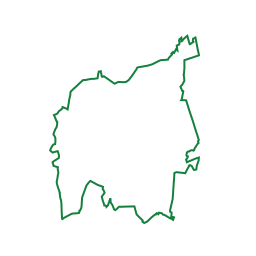 the district of Laidzes pag., Talsi, Latvia, rotated 100°
{"feature_id": "27541924B38806240468878", "entity_name": "Laidzes pag.", "entity_type": "district", "adm_level": 2, "iso_a3": "LVA", "parent_name": "Latvia", "parent_adm1": "Talsi", "projection": "robinson", "projection_center": [22.64, 57.292], "detail": "fine", "context": "isolated", "style": "outline", "palette": "green", "viewbox_px": 256, "rotation_deg": 100, "n_neighbors": 0, "source": "geoboundaries", "source_scale": "gbopen_adm2", "svg_char_len": 5407}
<svg xmlns="http://www.w3.org/2000/svg" viewBox="0 0 256 256"><g transform="rotate(100 128 128)"><path d="M27.2,77.3L28.8,79.4L30.9,79.3L31.8,78.5L34.8,81.6L34.7,81.8L34.3,82.0L32.4,83.0L31.1,83.6L26.9,85.6L27.2,85.9L27.9,86.5L28.4,87.0L28.5,87.0L28.8,87.1L31.3,89.2L32.8,89.6L33.3,90.4L29.9,91.2L31.8,92.8L33.1,92.9L34.6,92.2L36.9,92.1L38.3,94.3L43.1,92.8L42.6,93.7L42.1,94.4L44.0,95.0L46.0,95.6L45.4,96.6L46.5,97.0L46.1,97.5L47.2,98.2L48.2,97.6L49.8,98.6L51.9,100.0L52.0,100.0L53.7,100.6L53.8,100.6L54.6,103.8L55.6,107.8L55.8,108.0L56.5,109.1L59.4,113.0L59.5,113.1L61.0,115.1L63.5,120.1L63.7,121.0L65.1,124.7L66.0,127.2L66.5,128.7L66.9,129.2L67.1,129.5L67.8,129.7L69.0,129.9L70.8,130.9L71.8,131.3L74.3,132.4L77.4,133.9L79.1,134.8L80.8,135.7L81.6,136.6L83.1,138.0L83.8,141.2L84.1,143.8L84.1,144.0L84.3,145.4L84.4,145.5L84.5,145.8L85.5,147.1L85.5,147.3L86.0,147.8L86.6,148.7L86.7,148.9L85.6,151.3L82.6,157.7L81.2,160.8L81.5,161.1L82.0,161.9L82.0,162.2L82.0,162.6L81.5,162.9L81.1,163.1L80.0,163.4L79.2,163.6L78.8,163.9L78.1,164.4L76.9,164.5L77.0,165.0L77.5,166.6L80.4,166.7L81.3,166.7L84.3,166.6L84.5,167.0L85.2,169.3L85.5,169.9L85.7,171.5L86.4,173.8L86.7,174.5L86.9,175.2L87.2,176.0L87.3,176.1L87.3,176.3L87.6,176.9L87.7,177.2L87.9,177.6L88.4,179.5L88.7,180.7L91.6,182.9L91.8,183.1L92.1,183.3L97.7,187.4L97.8,187.6L100.1,189.3L102.2,190.8L103.3,190.8L104.8,190.7L105.4,190.5L107.4,190.7L109.7,190.8L114.1,190.7L120.1,190.7L120.0,190.9L119.8,191.7L119.5,192.5L119.2,194.0L118.8,195.2L118.8,195.7L118.8,196.1L119.6,196.0L119.8,196.0L120.1,196.1L120.5,196.3L121.0,196.7L121.3,197.0L121.7,197.3L122.7,198.3L123.1,198.7L123.7,199.0L124.7,199.5L125.8,200.0L126.1,200.3L126.4,200.5L126.7,200.8L126.9,201.1L127.2,201.8L128.1,203.2L130.0,201.9L134.4,199.1L134.3,198.8L135.0,198.7L136.1,198.4L139.4,198.5L139.9,198.5L140.9,199.0L141.9,199.4L145.4,200.1L146.4,200.3L146.9,200.3L147.2,200.3L147.5,200.2L148.2,199.4L149.2,198.6L150.0,198.1L150.6,197.8L151.2,197.6L154.3,197.1L156.5,197.0L156.6,197.3L156.8,197.7L157.4,198.8L160.8,200.2L161.8,200.5L163.6,200.8L163.9,200.3L165.3,198.0L164.9,197.3L164.4,196.2L163.0,193.3L163.6,192.9L164.1,192.6L166.2,191.6L166.8,191.3L167.2,191.2L167.7,191.1L169.5,190.9L170.5,191.9L171.7,193.3L173.2,194.9L174.2,195.9L174.6,196.3L175.5,196.1L176.5,195.5L177.1,195.1L178.2,194.8L178.6,191.9L178.8,190.2L180.0,190.2L180.5,190.1L181.5,189.8L182.3,189.5L183.2,189.1L183.6,188.9L184.0,188.9L184.4,188.8L185.0,188.8L186.8,188.9L188.9,188.8L190.2,188.8L193.0,188.9L193.5,188.9L194.3,188.6L195.3,188.3L196.5,187.7L197.8,187.1L198.9,186.5L201.1,185.3L201.9,184.9L203.5,183.9L203.7,184.1L204.2,183.9L205.3,183.6L208.8,182.5L209.2,182.3L210.7,181.4L211.2,181.2L214.7,180.3L223.2,178.5L228.7,177.2L229.1,176.9L228.1,175.8L227.6,175.4L224.0,170.8L222.4,168.8L222.4,168.6L222.1,168.1L221.9,167.7L221.6,166.7L221.3,165.5L221.0,164.0L220.4,162.2L220.3,161.6L219.3,161.4L217.9,161.5L217.7,160.9L214.8,160.1L212.6,160.2L207.5,160.8L204.9,161.1L203.0,160.9L191.8,158.9L188.9,157.4L186.9,156.1L186.6,155.8L187.3,153.9L189.4,147.7L189.8,144.8L190.1,143.4L190.3,142.4L192.6,142.3L193.6,141.2L195.8,139.8L200.2,141.9L201.4,141.4L203.7,140.3L207.2,138.4L208.4,137.9L208.4,135.9L209.4,135.5L208.0,134.6L207.6,134.3L200.9,133.3L200.2,133.2L201.1,132.9L203.7,132.3L204.2,132.1L204.7,131.8L205.1,131.5L205.9,130.6L206.3,130.2L207.1,129.7L209.6,128.1L210.4,127.6L210.5,127.5L210.7,127.3L210.8,127.1L210.9,126.9L211.1,126.4L210.4,125.7L210.1,125.3L207.4,123.4L207.2,123.1L207.0,122.8L206.9,122.5L206.9,121.6L206.8,121.0L206.5,119.8L205.8,116.6L204.1,108.1L211.5,104.6L213.4,102.1L214.0,101.2L216.6,97.4L217.8,97.5L218.7,95.6L216.9,92.9L212.3,89.6L209.8,87.5L207.9,85.7L208.1,85.4L206.9,84.9L206.9,84.1L207.5,83.3L207.6,83.2L207.1,82.9L206.3,82.9L206.0,82.8L206.1,80.7L206.1,80.1L206.2,79.8L206.3,79.5L206.5,79.3L207.1,78.7L207.2,78.4L207.3,78.1L207.3,77.1L207.3,76.9L207.7,75.8L209.7,70.7L209.7,70.4L209.8,69.6L209.8,69.1L210.0,68.8L210.7,67.7L208.0,67.1L207.9,67.3L207.9,70.1L205.3,70.1L203.6,70.5L203.5,71.5L202.4,72.3L190.4,71.7L189.0,71.8L175.3,73.3L169.2,73.9L167.5,74.1L164.3,74.5L163.1,72.7L162.8,67.9L162.7,66.8L162.6,63.8L158.4,62.5L154.5,61.1L154.4,61.2L153.7,60.4L154.5,58.5L155.8,57.5L156.8,56.7L157.9,55.8L157.9,55.7L157.0,53.5L153.2,53.7L147.9,52.8L144.8,53.1L145.5,54.5L146.3,56.0L147.0,57.1L151.5,64.1L151.1,64.3L150.4,64.6L150.0,64.8L149.5,65.0L149.2,65.2L149.0,65.3L148.2,64.8L147.8,64.6L146.4,64.2L146.2,64.1L145.7,64.1L145.8,64.6L145.7,64.8L145.4,65.1L144.6,65.8L144.1,65.8L143.2,65.7L142.3,65.8L142.0,65.6L141.6,65.5L141.4,65.4L141.1,65.2L140.9,64.9L140.5,63.7L140.4,63.6L140.2,63.4L139.9,63.2L139.7,63.1L139.4,62.5L138.9,61.6L138.7,61.2L138.7,60.7L138.7,60.3L138.9,59.9L139.0,59.7L138.9,59.5L138.7,59.3L138.2,59.0L137.9,59.0L137.6,58.9L137.1,58.9L136.7,58.9L136.3,58.8L135.9,58.6L134.6,57.9L133.4,57.6L132.0,56.8L131.2,56.6L130.4,55.9L129.0,56.8L127.7,56.2L126.1,56.9L122.1,59.0L118.8,60.8L114.3,63.1L114.0,63.2L113.9,63.3L109.6,65.5L101.2,70.1L90.6,75.6L91.3,80.4L90.6,80.1L88.8,80.0L86.5,80.0L82.2,79.9L82.1,80.1L82.3,80.2L82.3,80.3L82.2,80.9L80.2,82.2L79.0,83.1L78.1,83.5L77.0,82.8L76.4,82.3L73.7,81.3L71.7,80.7L67.5,81.8L65.9,82.5L65.5,82.3L59.5,82.8L51.7,84.2L51.4,84.2L50.5,82.5L49.2,80.0L48.4,78.7L48.1,78.0L48.0,77.8L46.0,74.2L45.2,72.7L45.0,72.3L44.1,70.7L41.0,71.9L40.9,72.0L39.0,72.8L37.2,73.5L36.0,73.9L30.4,76.1L27.2,77.3Z" fill="none" stroke="#15803d" stroke-width="2"/></g></svg>